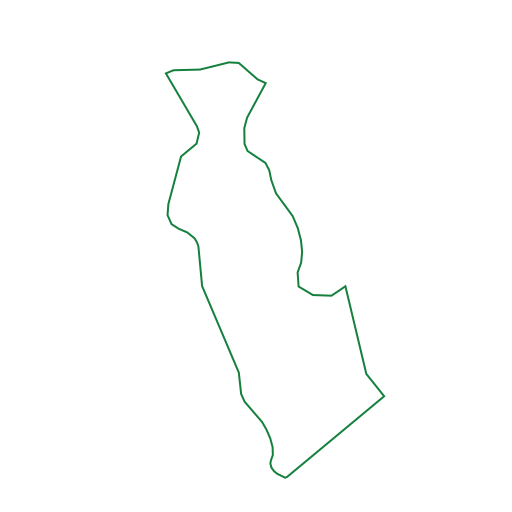 SVG path tracing the border of Prato, rotated 147°
{"feature_id": "ITA-5385", "entity_name": "Prato", "entity_type": "Province", "adm_level": 1, "iso_a3": "ITA", "parent_name": "Italy", "parent_adm1": "", "projection": "orthographic", "projection_center": [11.096, 43.932], "detail": "fine", "context": "isolated", "style": "outline", "palette": "green", "viewbox_px": 512, "rotation_deg": 147, "n_neighbors": 0, "source": "natural_earth", "source_scale": "10m", "svg_char_len": 825}
<svg xmlns="http://www.w3.org/2000/svg" viewBox="0 0 512 512"><g transform="rotate(147 256 256)"><path d="M352.3,54.2L356.7,61.6L358.1,65.7L358.3,70.3L357.0,74.1L355.0,76.3L350.3,79.9L346.2,86.6L343.4,95.2L341.8,104.6L341.3,113.4L344.9,140.0L343.6,148.4L333.9,167.6L317.6,260.1L299.1,295.4L298.1,299.3L297.9,304.4L300.8,313.2L305.9,320.8L309.5,328.7L307.9,338.5L301.2,347.3L264.6,380.3L244.7,382.6L236.5,390.4L234.9,396.9L232.1,458.2L224.0,456.7L201.5,442.9L173.2,433.1L165.3,427.3L158.5,403.3L153.7,395.7L188.1,376.9L196.2,369.6L204.6,356.2L205.9,348.6L197.4,328.9L198.2,320.6L201.8,311.5L205.1,297.7L203.5,269.5L205.8,256.5L209.7,244.8L215.0,234.4L221.8,225.8L230.0,219.6L236.9,207.2L229.6,192.3L214.3,181.6L197.5,181.9L227.7,97.0L224.9,68.6L350.2,53.8L352.3,54.2Z" fill="none" stroke="#15803d" stroke-width="2"/></g></svg>